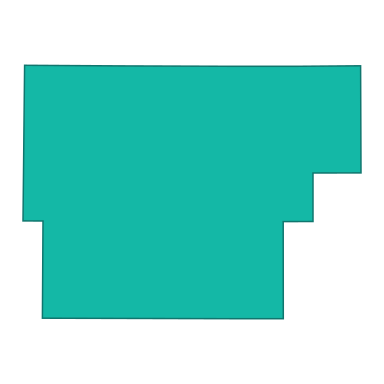 outline of Burke, North Dakota, United States of America
{"feature_id": "52423323B74352330437058", "entity_name": "Burke", "entity_type": "district", "adm_level": 2, "iso_a3": "USA", "parent_name": "United States of America", "parent_adm1": "North Dakota", "projection": "albers", "projection_center": [-102.401, 48.773], "detail": "fine", "context": "isolated", "style": "filled", "palette": "teal", "viewbox_px": 384, "rotation_deg": 0, "n_neighbors": 0, "source": "geoboundaries", "source_scale": "gbopen_adm2", "svg_char_len": 335}
<svg xmlns="http://www.w3.org/2000/svg" viewBox="0 0 384 384"><path d="M360.6,65.8L360.2,65.8L296.3,66.3L288.5,66.3L231.9,66.3L120.2,65.9L24.6,65.3L23.0,220.9L43.0,221.0L42.7,269.7L42.4,318.2L235.4,318.7L283.3,318.7L283.2,221.6L313.0,221.5L313.0,173.0L361.0,172.9L360.6,65.8Z" fill="#14b8a6" stroke="#0f766e" stroke-width="1.5"/></svg>